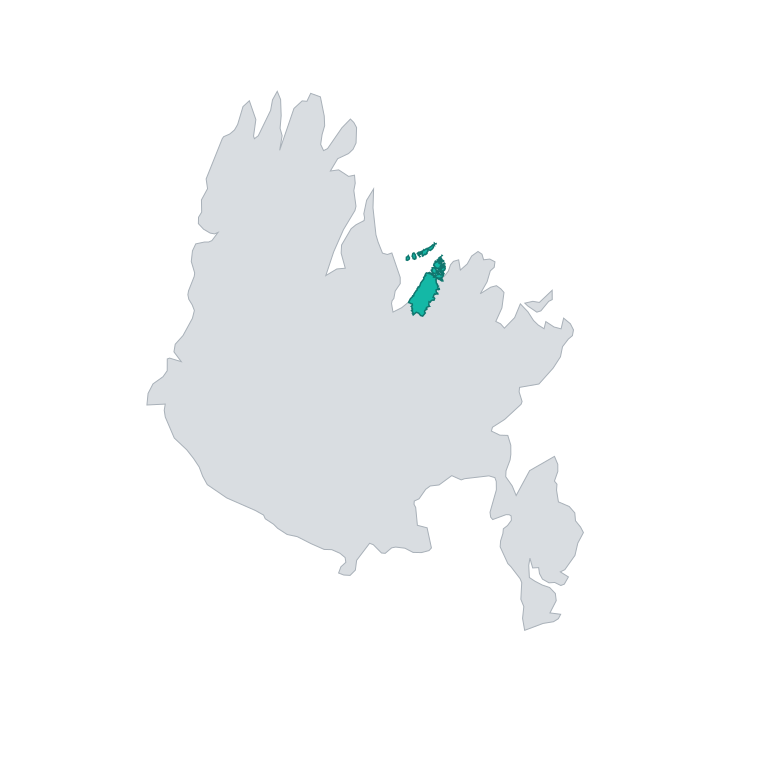 location of Conamara South Lea-5, Galway, Ireland, rotated 128°
{"feature_id": "5873133B18707060070656", "entity_name": "Conamara South Lea-5", "entity_type": "district", "adm_level": 2, "iso_a3": "IRL", "parent_name": "Ireland", "parent_adm1": "Galway", "projection": "mercator", "projection_center": [-9.603, 53.216], "detail": "fine", "context": "in_parent", "style": "filled", "palette": "teal", "viewbox_px": 768, "rotation_deg": 128, "n_neighbors": 0, "source": "geoboundaries", "source_scale": "gbopen_adm2", "svg_char_len": 9814}
<svg xmlns="http://www.w3.org/2000/svg" viewBox="0 0 768 768"><g transform="rotate(128 384 384)"><path d="M469.4,143.6L455.7,153.2L453.6,156.9L449.8,171.6L449.3,175.8L440.8,192.2L435.9,195.5L428.7,198.2L424.6,200.8L419.5,199.5L413.0,199.7L409.7,202.6L409.9,204.8L411.8,207.4L423.9,214.9L423.2,218.0L419.8,221.5L398.2,230.3L391.7,235.5L389.5,239.0L391.8,244.8L409.0,262.2L412.0,264.1L414.5,274.2L429.7,278.5L435.9,284.8L441.3,286.3L452.9,285.7L457.6,288.1L460.3,286.3L461.8,283.0L474.8,270.7L470.8,261.5L484.0,245.7L487.6,246.0L493.8,250.7L498.8,257.4L500.5,266.4L505.3,274.4L508.4,277.1L516.7,278.8L518.7,281.9L517.2,293.5L518.4,297.3L539.8,297.0L548.3,292.0L555.7,292.9L559.3,298.1L560.9,303.4L554.6,305.4L548.0,304.3L544.7,307.8L544.5,314.5L546.7,323.2L551.2,329.3L554.7,343.1L557.7,358.4L562.2,367.6L563.2,379.0L562.5,384.6L563.3,394.6L561.4,398.2L562.9,407.6L570.6,437.8L572.1,461.3L568.3,470.1L563.2,478.5L559.9,488.3L557.3,498.9L555.7,516.0L544.7,536.0L540.0,541.0L534.5,544.0L546.5,557.9L536.7,564.1L526.1,566.1L514.3,562.6L507.0,563.0L497.7,570.2L495.6,568.9L491.2,557.5L488.0,569.3L481.2,573.0L469.6,572.2L450.2,575.4L442.8,578.7L439.7,583.9L437.4,590.0L434.4,593.5L430.9,595.4L416.0,599.8L413.0,601.6L406.1,611.3L397.0,616.9L389.5,618.6L382.8,613.0L380.1,609.6L377.0,607.9L366.7,608.1L370.0,609.9L372.1,613.9L373.1,621.5L371.9,629.0L366.8,632.8L360.8,633.5L351.3,641.2L338.7,643.3L331.9,650.4L290.2,662.5L287.8,662.6L282.1,659.5L275.9,658.2L269.6,659.1L252.2,665.9L243.7,664.5L254.5,647.8L269.0,639.4L270.5,637.1L265.8,635.9L238.2,641.8L228.7,646.8L219.1,648.3L223.5,640.6L235.9,630.2L246.5,623.3L251.1,617.1L264.1,610.1L222.3,624.6L211.3,622.8L208.7,618.8L200.1,620.7L196.9,610.9L209.6,596.1L217.0,589.8L225.7,586.3L234.2,581.4L237.3,575.3L233.3,573.4L208.0,574.9L195.9,573.6L196.5,568.8L198.8,563.5L211.3,554.4L218.1,552.9L224.2,553.8L234.9,559.2L249.2,557.4L243.2,551.6L242.2,539.7L237.6,535.8L243.5,530.3L250.1,526.9L261.2,515.5L265.2,513.7L287.2,511.0L310.9,505.0L334.4,496.6L322.4,492.0L316.6,485.8L307.3,498.3L300.6,503.0L281.8,505.5L275.8,504.1L267.4,500.3L264.8,501.8L262.3,504.7L249.9,510.8L236.7,512.3L252.0,501.1L271.4,482.2L275.7,476.2L281.8,465.8L279.9,461.1L275.9,458.5L290.0,436.9L294.9,433.0L303.9,432.4L310.5,428.9L313.4,428.9L316.0,427.6L321.8,421.2L312.9,417.0L303.7,414.9L275.2,417.2L271.4,416.7L267.9,414.7L265.6,411.8L263.9,404.4L261.8,402.8L255.4,402.8L249.0,405.0L244.6,404.8L240.2,401.6L247.2,394.0L238.2,392.3L229.2,393.7L221.7,391.5L221.4,386.7L224.8,382.0L220.4,377.5L219.4,371.8L224.2,369.0L229.4,369.9L240.0,365.7L253.6,363.7L242.0,359.5L237.3,355.9L237.1,350.5L238.0,345.8L251.5,337.9L265.9,334.4L264.8,329.2L265.9,323.5L251.3,321.9L236.9,325.9L238.5,315.1L241.9,305.3L242.6,298.8L241.9,291.9L235.2,294.9L234.4,285.1L231.5,278.4L221.5,283.0L221.8,274.2L224.7,268.0L229.9,265.3L235.1,266.4L244.7,266.3L253.9,261.7L267.3,260.5L288.6,261.9L303.2,275.1L307.0,272.7L312.8,264.4L315.6,263.5L337.6,267.1L351.3,271.9L355.0,270.4L353.0,261.2L348.3,254.8L354.2,246.4L361.4,240.7L366.2,237.9L377.3,234.4L382.1,231.0L385.4,220.2L390.5,211.2L362.6,215.9L336.1,205.1L340.3,197.6L345.9,193.2L355.6,189.9L356.5,186.0L361.4,182.7L369.5,174.0L366.5,162.6L368.1,154.3L373.9,148.9L375.7,141.1L378.3,135.4L390.1,133.3L401.5,128.0L419.0,127.2L423.5,129.4L422.5,119.9L430.7,118.7L433.9,120.6L435.3,127.3L439.1,131.6L440.2,139.0L437.7,144.7L433.5,149.1L437.4,153.6L431.4,161.8L437.8,158.3L447.0,150.3L446.5,143.8L445.0,135.6L442.4,128.2L443.6,120.0L448.7,114.9L462.2,112.3L456.7,103.0L461.6,102.1L467.0,104.1L474.8,111.3L491.5,121.5L483.4,130.5L473.3,136.8L469.4,143.6ZM234.0,318.6L233.6,322.8L227.2,317.6L224.1,311.8L206.6,309.2L213.9,303.4L217.5,305.1L229.8,305.4L233.3,307.8L234.0,318.6Z" fill="#d9dde1" stroke="#a8b0b8" stroke-width="1"/><path d="M306.7,395.3L302.6,395.2L302.3,396.4L301.5,396.9L300.5,397.0L298.7,396.2L298.4,396.4L298.6,397.2L298.0,397.5L296.6,397.3L294.8,396.0L294.8,396.7L294.1,397.0L293.8,397.7L291.4,399.2L291.1,398.0L289.6,398.1L288.1,397.6L287.2,396.2L285.3,396.8L285.1,398.3L285.4,398.7L283.0,399.5L281.8,399.5L281.7,398.8L280.6,398.3L280.5,397.7L279.9,397.0L279.4,397.6L279.6,399.0L278.6,400.3L277.5,400.9L276.6,400.2L276.0,399.0L275.3,398.7L274.7,399.4L275.3,400.2L274.9,401.1L274.5,401.5L273.5,401.4L273.6,401.7L273.0,402.8L273.1,403.2L272.5,403.4L272.4,404.6L271.5,405.7L270.3,406.7L270.1,407.3L269.3,407.3L268.1,408.4L267.6,407.8L267.8,407.0L267.5,406.9L267.9,406.1L267.6,404.8L266.9,404.3L267.1,403.9L266.8,403.7L267.3,403.3L267.2,401.9L266.5,401.1L266.1,401.7L266.7,402.3L266.8,402.9L265.5,403.6L266.1,404.0L266.2,405.2L265.8,404.7L265.2,404.5L265.3,404.0L264.9,403.5L264.0,404.0L263.4,403.7L262.1,404.1L262.3,404.3L261.9,405.1L262.3,405.8L262.0,406.0L263.2,406.0L262.8,406.7L263.4,407.9L263.1,408.6L264.0,408.5L264.1,409.0L264.4,409.1L263.6,409.3L264.0,410.0L264.2,409.8L264.2,410.7L263.7,411.3L263.4,411.2L263.6,411.8L262.3,412.5L261.3,415.0L261.8,415.9L261.7,416.6L262.8,417.6L263.9,416.4L264.5,416.2L264.9,417.2L264.8,416.9L265.2,416.9L265.3,416.2L266.0,415.4L265.9,414.3L266.3,413.4L265.4,411.8L267.3,410.3L268.3,410.6L268.3,410.2L267.1,409.7L267.7,409.3L268.9,410.0L269.3,410.8L268.0,411.4L267.9,412.3L267.0,413.0L267.0,412.6L266.9,413.1L267.7,414.9L268.1,414.6L268.2,413.3L268.5,413.2L268.3,415.6L268.8,415.5L269.0,416.0L268.2,415.8L267.9,416.6L269.9,417.9L270.1,418.7L270.4,419.0L271.8,419.0L272.6,418.7L272.6,418.2L273.3,418.6L273.9,418.0L275.6,418.4L276.5,417.3L281.7,417.3L284.7,416.1L286.0,416.5L286.1,416.3L286.2,416.2L286.5,416.6L286.8,416.2L287.2,416.6L288.8,416.5L289.1,416.4L288.9,416.4L289.1,416.0L290.0,415.8L290.5,416.1L294.4,415.8L296.4,414.9L296.9,415.7L298.1,415.3L300.4,415.7L304.5,414.9L304.6,414.4L304.2,413.7L304.1,412.4L303.5,411.0L304.5,410.1L306.1,410.3L306.1,409.7L307.2,407.9L307.6,408.2L308.2,407.2L309.2,407.4L309.1,406.6L309.6,406.2L309.8,405.4L310.6,404.4L310.8,404.5L310.7,404.1L311.3,404.1L311.6,403.5L307.6,402.7L306.8,400.3L307.5,397.3L306.7,395.3ZM259.4,432.2L256.7,431.8L256.5,431.0L254.7,430.5L254.4,431.1L252.3,431.2L251.0,432.1L250.2,429.7L247.7,429.1L245.9,429.2L244.3,430.4L244.2,431.0L244.4,431.3L246.3,431.5L250.3,432.9L250.5,433.5L251.3,433.5L251.8,434.1L253.9,434.7L253.9,435.1L254.2,434.9L254.6,435.4L256.2,435.4L256.4,436.0L256.7,435.9L256.7,436.2L257.8,436.7L258.6,437.7L260.6,438.2L260.8,437.7L260.7,436.6L261.3,436.4L261.4,435.3L261.3,435.0L260.9,435.7L259.8,435.7L260.5,435.9L260.6,436.5L259.4,436.3L259.8,435.5L259.3,435.2L259.0,435.6L259.3,435.9L258.6,435.8L258.1,434.8L257.4,434.4L258.5,433.7L258.8,432.9L259.3,432.8L259.4,432.2ZM260.4,416.1L260.2,413.0L259.3,412.7L258.6,411.2L259.2,411.9L260.0,411.5L259.8,411.0L259.3,410.8L259.6,410.3L258.8,409.9L258.6,410.2L258.8,410.7L257.0,410.4L256.8,410.6L257.1,411.4L256.8,411.5L257.0,412.0L253.3,413.0L254.0,414.1L253.9,414.5L254.2,414.1L254.3,414.6L255.1,414.6L255.1,414.9L253.8,416.0L254.4,416.9L254.2,417.1L254.3,417.3L255.1,417.3L255.4,418.6L255.9,417.9L256.4,418.3L257.3,417.9L256.8,418.2L257.9,418.7L259.9,418.0L260.0,417.8L259.6,417.3L260.4,416.1ZM262.9,438.8L262.3,441.1L263.4,441.6L266.1,440.4L266.2,439.5L267.3,438.3L266.9,436.7L265.8,436.2L265.8,436.7L264.3,436.8L264.0,437.3L264.2,437.6L262.9,438.8ZM256.7,406.4L255.0,407.1L254.4,408.1L256.1,409.0L256.1,409.6L254.5,409.4L256.3,410.7L256.8,410.2L256.5,409.9L256.7,409.4L257.7,409.8L258.8,409.3L259.8,409.4L259.8,408.7L261.1,408.6L261.4,408.2L260.9,407.4L260.1,407.2L259.6,407.5L259.6,407.8L258.9,407.6L258.6,407.0L257.8,407.0L257.7,406.6L256.7,406.4ZM269.0,441.5L267.9,443.9L269.0,443.8L270.3,444.4L272.5,442.8L272.3,441.9L271.5,441.4L270.2,441.0L269.0,441.5ZM253.8,415.6L252.7,415.0L252.5,415.5L251.7,415.4L252.0,416.3L251.7,416.2L251.9,416.7L251.5,416.9L252.1,417.0L250.8,417.5L250.9,417.2L250.2,417.9L250.6,418.3L251.1,417.8L252.3,418.1L252.5,417.5L253.6,418.3L253.8,417.7L253.3,416.8L253.8,415.6ZM261.5,404.9L259.9,405.3L259.6,406.1L261.0,406.0L261.0,407.1L261.4,406.4L261.8,406.5L261.8,405.9L261.4,406.2L260.7,405.8L261.5,404.9ZM253.5,410.3L254.0,411.8L254.7,411.2L255.1,411.6L255.3,411.3L255.0,410.6L254.5,410.7L254.0,410.0L253.5,410.3ZM251.8,413.5L251.1,413.2L251.1,414.4L251.4,415.2L252.2,415.1L251.8,413.5ZM251.8,416.2L250.7,415.6L250.3,416.4L251.2,416.6L251.8,416.2ZM262.0,410.1L261.9,410.7L262.3,411.0L262.2,411.3L262.5,411.1L262.8,410.1L262.0,410.1ZM250.3,413.6L251.0,413.8L250.8,412.4L250.2,412.8L250.3,413.6ZM252.5,410.4L251.8,410.0L251.6,410.6L252.4,411.1L252.5,410.4ZM251.0,414.8L250.4,414.6L250.2,415.3L250.9,415.5L251.0,414.8ZM243.7,429.6L242.8,430.4L243.7,430.3L243.7,429.6ZM263.6,409.3L263.0,410.1L263.8,409.9L263.6,409.3ZM242.1,430.0L241.6,429.3L241.4,429.4L242.1,430.0ZM249.7,417.4L249.2,417.7L249.2,417.9L250.0,417.9L249.7,417.4ZM254.2,408.1L253.6,408.3L253.6,408.7L254.2,408.1ZM250.1,415.9L249.7,416.0L249.6,416.3L250.1,416.3L250.1,415.9ZM255.8,419.0L256.1,419.1L256.4,418.7L256.0,418.6L255.8,419.0ZM249.8,416.5L249.4,417.1L249.9,416.6L249.8,416.5ZM265.6,402.9L265.2,403.8L265.8,403.1L265.6,402.9ZM260.7,409.2L260.3,409.6L260.6,409.7L260.7,409.2ZM252.1,414.0L252.3,414.3L252.4,414.1L252.3,413.8L252.1,414.0ZM261.4,411.1L261.5,411.5L261.6,410.9L261.4,411.1ZM259.3,406.4L259.3,405.9L259.2,406.4L259.3,406.4ZM263.0,409.0L262.9,408.7L262.8,409.1L263.0,409.0ZM261.4,434.3L261.6,434.1L261.4,434.0L261.4,434.3ZM254.4,409.8L254.5,409.4L254.4,409.4L254.4,409.8ZM255.7,411.6L255.8,411.2L255.7,411.2L255.7,411.6ZM260.7,404.8L260.8,404.5L260.5,404.6L260.7,404.8ZM265.3,402.5L265.8,402.3L265.3,402.5L265.3,402.5ZM262.7,408.3L262.5,408.5L262.7,408.3ZM255.3,410.7L255.4,411.1L255.6,411.0L255.3,410.7ZM247.3,417.4L247.0,417.3L247.0,417.5L247.3,417.4ZM260.9,407.2L260.7,407.2L260.9,407.4L260.9,407.2ZM242.6,430.4L242.5,430.7L242.8,430.5L242.6,430.4ZM267.4,412.0L267.7,411.9L267.4,412.0ZM252.9,418.2L252.7,418.1L252.9,418.2Z" fill="#14b8a6" stroke="#0f766e" stroke-width="1.5"/></g></svg>